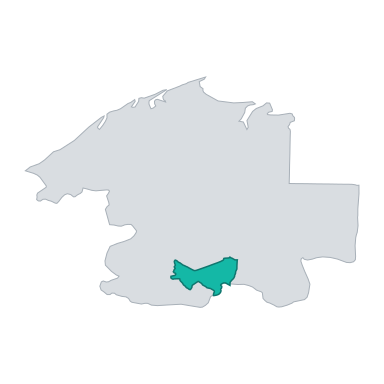 location of Sèbè-Brikolo, Haut-Ogooué, Gabon, rotated 91°
{"feature_id": "22940354B60180935649619", "entity_name": "Sèbè-Brikolo", "entity_type": "district", "adm_level": 2, "iso_a3": "GAB", "parent_name": "Gabon", "parent_adm1": "Haut-Ogooué", "projection": "equal_earth", "projection_center": [13.691, -0.557], "detail": "fine", "context": "in_parent", "style": "filled", "palette": "teal", "viewbox_px": 384, "rotation_deg": 91, "n_neighbors": 0, "source": "geoboundaries", "source_scale": "gbopen_adm2", "svg_char_len": 6303}
<svg xmlns="http://www.w3.org/2000/svg" viewBox="0 0 384 384"><g transform="rotate(91 192 192)"><path d="M259.9,32.6L259.7,36.3L256.5,45.5L255.0,52.6L254.6,60.2L255.5,66.2L257.0,70.5L258.0,75.3L257.3,78.6L255.7,80.0L256.8,81.6L259.1,82.0L263.0,80.6L269.0,78.1L276.9,74.4L282.1,72.5L290.7,73.7L295.2,75.1L297.6,77.6L300.1,88.5L301.4,90.1L303.4,94.7L305.2,100.3L305.5,103.1L305.3,105.1L303.6,108.1L301.6,112.5L300.9,115.1L299.3,117.1L297.2,119.1L291.5,119.9L290.6,121.0L289.0,125.7L286.0,129.7L284.6,133.4L283.4,138.4L283.7,144.6L283.1,153.6L282.4,159.6L284.0,161.7L290.8,163.2L292.1,164.4L293.9,168.1L296.3,171.6L302.5,173.8L305.0,176.5L306.9,179.5L307.2,181.9L305.8,191.6L304.4,200.9L304.9,208.0L305.4,214.7L306.2,224.6L305.8,230.6L304.1,234.3L304.1,237.1L304.9,240.6L303.3,250.2L302.3,251.8L299.5,253.6L298.0,256.2L297.6,260.2L296.1,265.8L294.5,267.8L294.5,270.4L296.0,272.2L296.0,275.1L293.2,278.6L291.5,281.2L287.8,282.5L283.5,281.1L282.5,279.2L283.5,276.2L283.2,273.8L281.7,271.3L279.4,264.9L277.4,263.5L276.3,266.2L272.8,271.1L266.7,277.3L262.4,277.8L254.5,275.9L247.8,272.9L244.7,265.6L242.8,259.5L239.9,252.4L236.7,249.1L233.3,247.0L231.8,246.8L227.0,250.7L225.5,252.3L225.5,255.6L226.0,258.7L226.7,260.2L227.4,262.1L227.3,265.2L226.4,269.3L226.1,273.8L210.9,278.3L208.2,276.7L206.3,274.6L204.0,275.0L197.4,277.3L195.0,275.7L192.6,274.5L191.5,275.5L191.4,277.4L192.5,288.1L192.1,292.1L190.7,297.4L189.9,301.0L193.9,302.0L195.4,303.7L196.8,306.4L198.8,308.9L198.9,310.4L196.7,313.2L195.9,316.6L197.0,319.3L199.7,322.1L203.7,325.0L205.7,326.9L205.5,328.6L203.7,332.4L202.9,335.5L201.7,338.3L201.9,340.9L203.7,343.4L203.6,345.5L202.3,347.2L199.8,346.8L197.7,347.1L195.8,346.4L189.9,338.0L188.6,337.7L180.0,344.2L177.8,346.9L176.1,350.7L173.7,359.0L169.8,354.2L166.4,345.3L162.5,339.9L154.2,331.2L152.0,324.7L142.5,310.5L128.9,296.3L119.0,284.0L117.5,281.2L119.2,281.6L128.7,287.7L130.0,287.0L131.1,285.6L127.0,282.4L123.0,279.9L119.4,278.3L115.7,278.4L113.6,275.8L112.3,271.8L111.6,268.5L110.0,264.9L104.7,257.6L103.5,254.8L100.6,250.9L102.4,250.4L107.9,254.1L108.4,252.6L108.0,250.4L102.3,246.9L99.3,246.7L98.6,244.3L99.0,241.4L95.0,230.7L90.8,222.8L90.1,219.0L101.4,236.3L102.9,236.6L104.9,236.5L109.5,234.5L108.7,232.2L106.6,229.7L104.5,230.9L101.9,231.1L100.5,230.1L99.9,228.3L102.5,219.9L101.3,220.3L100.5,221.8L99.0,222.5L96.8,222.9L91.3,218.4L86.4,206.2L85.1,203.7L83.7,199.5L82.5,197.8L76.8,180.4L79.0,181.7L81.5,186.7L86.5,185.7L88.5,182.8L90.2,182.9L91.9,182.2L94.1,179.5L100.5,167.5L102.2,151.8L101.6,142.5L100.7,133.2L102.8,130.2L103.6,132.2L104.0,135.5L105.0,137.9L107.3,140.1L111.6,140.7L118.1,144.1L120.4,146.3L121.1,141.9L128.6,138.2L126.3,136.9L119.6,138.3L110.4,132.8L107.4,129.2L104.6,122.5L101.6,119.0L101.8,115.9L108.4,113.0L110.1,113.3L110.9,116.8L112.6,118.2L113.3,117.7L113.6,114.7L113.6,106.8L111.6,95.4L112.2,93.2L114.0,92.5L115.6,90.9L116.8,90.7L119.0,90.9L120.1,93.6L120.7,95.0L123.0,95.7L124.8,97.1L126.4,96.7L127.7,95.1L129.7,94.7L135.7,94.8L141.1,94.8L151.9,94.8L162.8,94.9L173.6,94.9L181.8,95.0L181.8,88.5L181.7,78.4L181.7,66.6L181.6,55.2L181.6,44.7L181.5,32.3L182.0,28.7L182.5,27.2L182.3,25.2L190.7,25.0L205.9,25.9L212.5,25.8L214.4,26.0L222.7,25.4L229.4,26.1L232.3,27.0L234.8,27.5L242.9,28.0L253.4,27.3L256.9,27.5L258.9,29.2L259.9,32.6Z" fill="#d9dde1" stroke="#a8b0b8" stroke-width="1"/><path d="M259.1,145.5L259.1,146.7L259.1,147.6L259.0,148.1L258.6,148.8L258.2,149.6L257.8,150.2L257.5,150.8L257.4,151.4L257.0,152.1L256.6,152.6L256.4,153.0L256.5,153.2L256.9,153.4L257.1,153.6L257.3,154.1L257.4,155.2L257.5,156.2L257.6,157.8L257.8,158.9L258.1,159.1L258.5,159.2L258.9,159.2L259.3,159.4L259.6,159.7L260.0,160.2L260.2,160.7L261.0,162.2L262.3,165.3L264.0,169.8L265.8,174.3L267.8,179.6L269.9,185.3L270.4,186.8L270.5,187.8L270.5,188.6L270.1,189.4L269.4,190.9L268.0,193.6L266.9,195.6L266.6,196.5L266.1,197.5L265.6,198.6L265.3,199.5L264.9,200.2L264.5,200.7L263.4,202.3L262.9,203.0L262.7,203.7L262.4,204.3L261.9,205.0L261.5,205.3L261.0,206.0L260.7,206.6L260.4,207.3L260.5,207.8L260.8,208.0L261.1,208.2L261.4,208.4L261.6,208.5L262.0,208.4L262.3,208.3L262.8,208.3L263.1,208.3L263.5,208.1L264.0,207.9L264.6,207.7L265.2,207.4L265.7,207.4L266.1,207.7L266.4,208.0L266.9,208.4L267.2,208.4L267.6,208.3L267.8,208.1L268.0,207.9L268.4,207.5L268.8,207.5L269.1,207.7L269.4,208.1L269.7,208.3L270.1,208.5L270.5,208.7L271.3,208.8L271.8,209.1L272.1,209.3L272.3,209.1L272.6,208.8L273.1,208.4L273.3,207.8L273.6,207.1L273.9,206.9L274.3,206.8L274.8,206.9L275.3,207.2L275.6,207.6L275.8,208.1L276.0,208.9L276.2,209.8L276.4,210.4L276.5,210.9L276.6,211.5L277.0,211.6L277.9,211.6L278.4,211.5L278.8,210.9L279.2,210.4L279.4,210.0L279.4,209.4L279.4,208.9L279.2,208.3L279.1,207.7L279.1,206.6L279.0,205.5L279.0,204.4L279.0,202.8L279.5,202.6L280.4,202.5L281.0,202.2L281.8,201.4L282.5,200.7L283.4,199.8L284.0,199.5L285.0,198.9L285.5,198.2L286.4,197.0L287.2,196.4L287.6,196.1L287.9,195.7L288.2,194.9L289.1,193.5L289.4,193.2L289.6,192.5L289.6,191.9L289.2,191.6L288.7,191.2L288.0,190.8L287.5,190.5L286.9,190.4L285.9,190.3L285.2,190.0L281.7,185.0L281.4,184.5L281.3,184.1L281.7,183.4L283.2,180.9L283.8,180.4L284.2,180.2L284.8,179.7L286.2,176.9L286.6,176.3L287.1,175.9L287.5,175.3L287.8,173.8L288.0,172.8L288.2,171.7L288.7,170.9L289.4,169.6L290.0,168.6L290.4,168.1L290.9,167.9L291.8,168.0L292.3,168.3L293.0,168.5L293.6,168.7L295.2,168.7L295.2,168.2L295.1,167.7L294.9,166.7L294.8,166.2L294.6,165.5L294.3,164.6L293.9,163.7L293.6,163.2L292.9,162.6L292.2,161.9L291.5,161.6L290.9,161.4L290.4,161.3L289.9,161.3L289.5,161.5L289.1,161.6L288.6,161.6L288.4,161.5L288.1,161.3L287.9,161.0L287.5,160.8L287.1,160.7L286.5,160.6L285.9,160.6L285.5,160.8L285.4,161.1L285.1,161.4L284.8,161.7L284.4,161.7L284.1,161.5L283.8,161.2L283.5,160.9L283.1,160.2L282.8,159.6L282.5,159.1L282.3,158.8L282.3,158.3L282.3,157.6L282.3,157.0L282.5,156.6L282.8,156.0L283.1,155.5L283.5,154.7L283.8,154.2L284.1,153.5L284.5,152.8L284.7,152.4L283.1,152.4L281.7,152.4L281.4,152.1L280.8,151.8L280.5,151.5L280.0,151.1L279.4,150.6L278.9,150.1L278.0,149.2L277.3,148.7L276.6,148.4L276.3,148.2L275.9,148.0L275.3,147.9L274.9,147.9L274.3,147.8L273.7,147.5L273.2,147.3L272.7,147.1L271.4,147.0L270.6,146.9L270.0,146.6L269.1,146.2L268.7,146.0L268.2,145.8L264.9,145.8L262.3,145.7L259.6,145.6L259.1,145.5Z" fill="#14b8a6" stroke="#0f766e" stroke-width="1.5"/></g></svg>